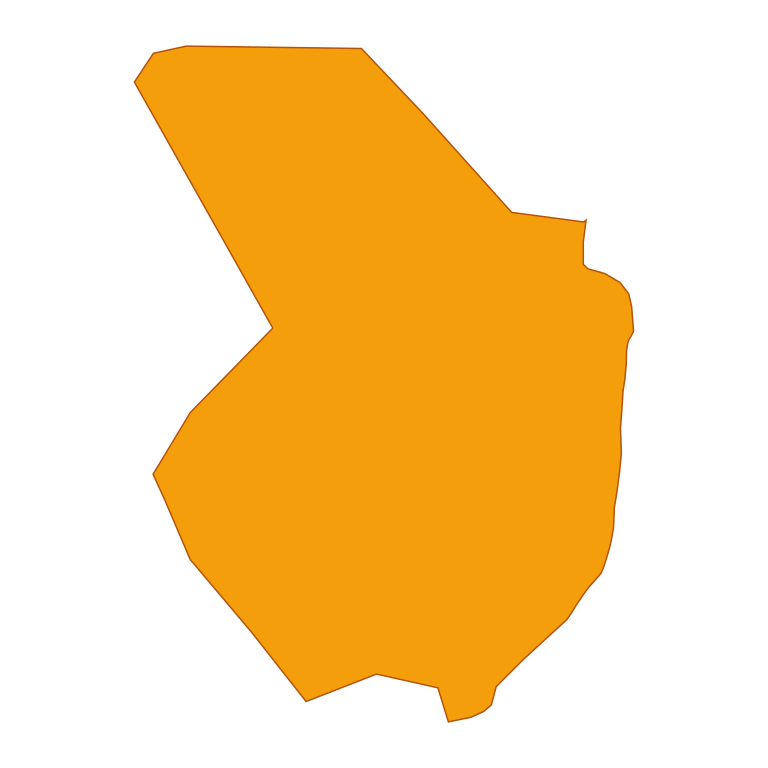 the district of Bois Catchet, Castries, Saint Lucia
{"feature_id": "8701671B73326281141145", "entity_name": "Bois Catchet", "entity_type": "district", "adm_level": 2, "iso_a3": "LCA", "parent_name": "Saint Lucia", "parent_adm1": "Castries", "projection": "natural_earth1", "projection_center": [-60.993, 14.004], "detail": "fine", "context": "isolated", "style": "filled", "palette": "amber", "viewbox_px": 768, "rotation_deg": 0, "n_neighbors": 0, "source": "geoboundaries", "source_scale": "gbopen_adm2", "svg_char_len": 860}
<svg xmlns="http://www.w3.org/2000/svg" viewBox="0 0 768 768"><path d="M153.7,475.6L164.6,499.5L190.2,559.5L250.9,631.4L306.1,701.5L376.4,674.1L437.9,687.8L448.4,721.9L471.1,717.2L483.7,711.5L491.4,704.8L496.2,686.6L523.3,659.5L566.7,619.7L571.3,613.2L576.9,604.1L583.2,594.8L584.5,593.0L588.9,587.0L595.2,580.1L601.3,572.9L603.9,566.3L607.3,555.6L609.7,547.3L611.7,538.1L613.5,527.9L614.1,515.1L614.3,507.9L616.9,492.2L619.6,471.4L621.3,454.1L620.9,439.4L620.5,427.7L621.8,410.7L623.0,391.4L624.9,379.0L626.3,363.8L626.5,351.3L627.8,342.6L629.3,338.9L630.7,336.9L633.6,331.2L631.6,306.3L628.7,293.8L620.0,282.5L604.6,273.5L588.1,268.9L583.3,264.4L583.3,241.8L586.1,220.2L583.8,222.0L511.7,212.4L423.1,113.6L361.4,48.5L186.3,46.1L153.4,53.3L134.4,82.1L272.8,328.1L190.4,412.4L153.1,474.2L153.7,475.6Z" fill="#f59e0b" stroke="#b45309" stroke-width="1.5"/></svg>